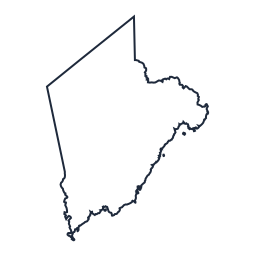 Baegu-Asifola, Malaita, Solomon Islands (Albers equal-area conic projection), rotated 89°
{"feature_id": "97153195B83644089590295", "entity_name": "Baegu-Asifola", "entity_type": "district", "adm_level": 2, "iso_a3": "SLB", "parent_name": "Solomon Islands", "parent_adm1": "Malaita", "projection": "albers", "projection_center": [160.871, -8.5], "detail": "fine", "context": "isolated", "style": "outline", "palette": "slate", "viewbox_px": 256, "rotation_deg": 89, "n_neighbors": 0, "source": "geoboundaries", "source_scale": "gbopen_adm2", "svg_char_len": 5857}
<svg xmlns="http://www.w3.org/2000/svg" viewBox="0 0 256 256"><g transform="rotate(89 128 128)"><path d="M16.7,120.1L58.9,174.6L85.2,208.3L170.8,191.9L172.2,192.0L173.9,191.8L175.9,192.0L177.2,192.6L178.1,193.9L179.3,194.0L180.6,194.7L181.5,195.8L183.2,196.4L184.8,196.1L186.4,195.3L187.5,194.2L189.1,193.9L190.8,193.2L191.8,192.6L192.3,191.7L193.0,191.8L193.6,192.0L195.2,190.3L196.0,189.8L196.8,190.3L197.4,192.0L199.2,192.8L200.7,193.2L201.4,192.3L201.3,191.5L201.7,191.3L204.0,192.1L206.9,190.8L209.5,190.4L211.0,190.4L211.5,191.8L211.1,192.9L212.9,193.2L214.3,191.5L215.6,192.4L218.0,191.4L216.1,190.0L214.9,188.6L215.7,187.1L216.9,186.6L219.5,189.1L220.8,188.4L222.7,188.8L225.4,187.6L226.3,188.2L227.6,187.7L229.1,186.8L230.2,186.6L231.6,186.7L232.0,186.9L232.1,187.1L231.9,187.5L232.2,188.2L231.9,188.8L232.1,189.7L232.4,190.0L233.1,190.3L233.6,190.3L234.6,189.3L234.8,188.9L234.7,188.4L235.2,187.7L236.0,187.2L236.4,186.2L237.4,186.0L238.1,186.2L239.2,184.7L239.3,184.2L239.0,183.7L238.6,183.6L238.2,183.8L236.9,185.0L234.9,185.9L233.6,185.5L232.7,185.0L231.6,185.0L231.3,184.6L231.0,183.5L230.1,183.0L228.4,182.7L228.1,181.4L227.7,180.9L227.2,180.7L227.1,180.2L226.1,178.9L225.5,178.5L224.9,178.6L224.7,178.3L224.7,177.3L223.3,175.5L222.1,173.5L221.2,172.5L220.7,170.8L220.4,170.3L219.5,169.8L218.8,169.1L218.4,168.9L217.2,168.8L217.1,169.5L216.9,169.5L216.6,169.2L215.8,168.6L215.6,168.0L215.3,167.8L214.6,167.6L214.2,167.2L213.5,167.3L212.9,166.7L212.2,166.6L211.1,166.9L211.6,166.2L211.3,165.8L211.2,165.4L212.6,165.3L214.4,162.7L213.5,161.9L213.6,160.8L212.6,159.3L212.7,158.4L212.6,158.1L210.6,156.7L210.1,156.7L209.7,157.0L209.5,155.7L208.6,154.4L207.3,154.4L206.4,154.0L206.2,154.2L206.0,153.8L206.5,152.9L206.4,152.4L205.9,151.8L206.4,151.0L206.4,150.5L206.6,150.2L211.1,148.8L211.7,148.3L212.3,147.2L212.5,146.2L213.4,145.8L215.1,145.6L215.4,145.4L215.3,144.8L214.8,143.4L213.9,142.8L213.7,141.0L213.4,140.5L211.9,139.4L211.3,138.4L210.3,137.8L209.5,137.5L208.3,137.9L208.0,137.8L207.4,136.2L207.1,135.3L206.4,134.8L206.2,134.4L205.1,133.5L204.4,131.8L204.5,130.3L204.1,129.4L204.0,128.9L203.0,126.7L201.7,124.9L200.9,124.9L200.8,124.7L201.3,123.9L201.2,123.1L200.6,122.3L198.7,121.4L197.4,121.3L196.0,121.5L193.1,120.5L192.2,120.9L191.7,120.6L191.4,120.0L190.8,120.1L190.7,120.6L188.7,119.1L188.2,119.1L187.2,119.5L186.6,119.4L186.3,118.2L186.8,117.9L187.0,117.7L186.6,116.0L185.9,115.9L185.6,115.7L184.0,114.0L182.7,112.3L182.2,112.1L181.3,112.1L180.7,111.6L179.0,111.3L175.9,109.3L175.0,107.9L173.5,107.1L173.0,106.5L171.1,105.8L170.4,105.8L169.9,106.0L169.1,105.4L168.9,105.4L168.4,104.7L167.5,104.0L167.0,103.8L166.7,103.9L166.1,103.6L165.3,104.7L165.2,104.5L165.5,103.8L165.5,103.2L164.7,102.8L164.5,102.4L164.1,102.1L163.4,101.3L163.0,100.4L162.2,100.4L162.1,99.3L160.0,97.7L159.0,97.3L158.5,97.7L158.4,97.4L158.1,97.4L157.8,97.2L157.3,97.3L157.4,96.8L156.8,96.4L156.4,96.5L156.0,97.2L155.7,96.6L155.3,96.2L155.0,96.4L154.5,96.2L154.2,96.3L153.9,96.1L153.3,96.4L153.1,95.9L151.5,95.3L151.3,95.5L151.0,95.2L150.1,95.1L149.8,95.8L149.5,95.7L149.8,95.2L149.8,94.8L149.5,95.0L149.2,94.9L148.1,93.1L147.3,92.7L146.8,92.1L145.5,91.3L145.2,91.4L144.6,90.5L144.5,90.1L144.3,89.9L143.9,89.2L143.3,88.7L142.5,88.4L141.9,87.6L141.4,87.5L141.3,85.9L140.5,85.1L140.4,84.5L139.4,84.0L139.0,83.5L137.7,83.0L137.0,83.0L136.0,82.2L135.1,82.2L134.7,81.6L133.2,80.6L129.5,81.6L130.0,80.7L130.1,80.2L129.9,79.8L129.9,79.4L129.6,78.3L128.5,77.6L127.4,77.4L126.8,76.7L125.1,76.6L125.7,75.9L125.5,75.5L125.1,75.4L124.3,73.4L123.5,72.7L122.8,72.5L123.7,71.7L124.5,71.6L124.8,70.5L124.6,70.3L124.6,69.8L124.4,69.5L125.2,68.7L125.4,67.9L126.6,67.8L127.0,67.5L127.5,68.0L128.1,67.8L128.4,67.4L129.2,67.6L130.2,66.5L129.9,66.1L129.5,65.9L129.9,65.6L130.1,65.1L130.0,64.7L130.3,63.9L130.1,63.2L129.7,63.3L129.4,63.0L129.0,60.9L129.2,60.6L129.1,60.2L128.8,60.0L129.8,59.2L129.7,58.5L128.4,57.1L127.7,56.9L127.1,57.3L127.4,56.5L127.0,56.1L127.1,55.8L125.3,53.8L124.0,52.7L121.5,51.7L121.0,51.7L120.9,51.1L120.7,51.1L119.4,49.8L118.8,49.9L117.6,49.8L115.8,49.3L115.3,48.8L115.2,48.0L114.5,47.7L113.4,48.3L113.2,47.8L110.6,49.0L109.7,48.9L107.7,47.8L105.5,49.0L105.6,49.6L106.4,50.3L107.6,50.3L108.0,51.1L107.9,52.1L108.2,53.4L107.0,54.8L106.2,56.4L105.7,58.0L103.6,58.1L101.2,56.7L100.2,57.3L98.2,56.6L97.2,57.7L95.9,57.5L94.4,58.1L93.5,60.0L92.3,61.9L90.7,63.0L90.4,64.0L90.3,65.8L87.6,68.4L87.1,69.6L89.3,71.7L88.5,72.6L86.7,72.4L85.8,73.2L85.6,75.5L84.6,75.9L83.7,75.4L83.1,75.7L81.0,76.0L79.1,77.1L78.2,78.2L79.0,80.4L77.6,83.4L77.6,85.1L79.8,86.0L79.2,87.1L79.3,88.0L80.0,88.9L79.3,90.0L80.0,92.2L80.6,92.9L81.6,92.4L82.5,92.7L81.3,94.5L81.0,96.4L82.9,99.8L83.1,101.4L82.8,103.6L83.0,105.4L82.7,107.2L81.9,107.0L81.1,107.4L80.4,106.9L80.1,107.1L79.9,108.1L78.9,107.2L78.4,107.6L78.1,108.7L77.3,108.8L76.5,108.5L76.2,108.9L76.2,109.7L74.5,109.7L73.8,109.5L72.7,110.2L71.0,108.9L69.8,108.8L68.6,108.9L67.8,110.5L66.0,110.7L64.0,111.5L62.9,113.0L62.0,115.7L61.0,116.1L60.2,118.9L60.2,119.9L16.7,120.1ZM190.1,117.2L189.9,116.8L189.6,116.6L188.9,116.5L188.5,116.7L188.1,116.4L188.0,115.9L187.4,115.8L187.6,116.6L188.8,118.6L189.3,118.8L189.7,118.5L189.7,117.8L190.1,117.2ZM135.7,71.6L134.9,71.0L134.0,71.4L133.7,72.6L134.2,73.0L134.7,73.1L135.2,72.6L135.7,71.6ZM210.3,152.6L210.3,152.0L209.9,151.6L209.4,151.6L209.5,151.8L209.1,152.0L209.2,152.9L209.8,153.1L210.1,153.0L210.3,152.6ZM230.2,180.2L230.0,179.8L229.2,179.3L228.3,179.2L228.3,179.6L229.9,180.4L230.2,180.2ZM132.3,62.1L132.2,61.4L132.0,61.1L131.5,61.4L131.1,61.4L131.4,62.0L131.4,62.3L132.3,62.1ZM156.6,92.9L156.5,92.5L156.1,92.4L155.3,92.7L155.3,93.0L155.8,93.2L156.6,92.9ZM193.6,119.3L193.2,118.8L192.3,119.0L192.2,119.1L192.9,119.6L193.6,119.5L193.6,119.3ZM202.7,121.9L202.4,121.8L202.0,121.8L201.8,121.9L201.9,122.2L202.5,122.4L202.7,121.9Z" fill="none" stroke="#1e293b" stroke-width="2"/></g></svg>